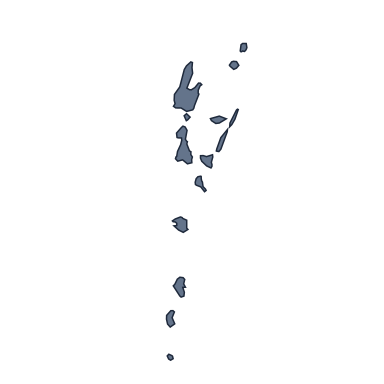 map outline of Vanuatu (Robinson projection), rotated 31°
{"feature_id": "VUT", "entity_name": "Vanuatu", "entity_type": "country or territory", "adm_level": 0, "iso_a3": "VUT", "parent_name": "Oceania", "parent_adm1": "", "projection": "robinson", "projection_center": [167.975, -16.976], "detail": "fine", "context": "isolated", "style": "filled", "palette": "slate", "viewbox_px": 384, "rotation_deg": 31, "n_neighbors": 0, "source": "natural_earth", "source_scale": "50m", "svg_char_len": 2380}
<svg xmlns="http://www.w3.org/2000/svg" viewBox="0 0 384 384"><g transform="rotate(31 192 192)"><path d="M131.4,89.9L134.1,105.6L137.2,105.6L138.8,104.7L140.7,101.0L141.5,95.3L143.1,94.4L145.1,95.0L144.3,96.9L144.9,101.5L146.4,104.1L147.5,104.5L149.6,116.6L150.4,119.2L150.3,121.2L145.9,125.7L139.4,125.6L134.8,128.3L132.0,128.1L132.0,125.0L129.5,122.6L126.7,117.4L127.4,108.2L122.3,91.0L122.3,86.7L124.0,81.1L125.7,80.8L128.0,85.5L131.4,89.9ZM159.2,150.2L161.1,151.2L162.1,151.2L162.8,153.5L168.7,158.1L170.3,158.0L171.7,160.5L174.3,161.8L175.0,164.4L176.8,167.0L173.6,170.2L167.4,169.3L163.9,172.9L160.7,172.0L160.2,170.1L160.6,169.5L158.7,164.7L157.9,157.3L156.6,153.0L155.2,151.1L152.3,152.7L151.1,153.0L148.4,149.5L149.7,142.2L150.3,140.2L152.6,139.8L156.0,141.7L159.2,150.2ZM238.7,285.4L236.8,287.7L235.1,287.4L224.3,282.1L224.8,279.9L224.3,274.3L225.5,271.3L228.5,270.0L230.8,270.7L232.2,275.1L235.4,277.0L233.2,278.5L237.1,281.9L238.7,285.4ZM202.0,218.9L206.1,225.7L207.8,226.2L205.3,231.1L200.1,231.5L194.0,230.3L196.2,228.6L195.1,226.7L193.2,226.3L191.1,227.2L190.1,226.9L191.5,223.8L194.9,219.4L195.9,219.1L196.8,219.0L197.7,219.4L202.0,218.9ZM195.9,161.6L191.1,162.1L184.5,160.6L181.8,158.6L180.6,156.5L182.9,155.0L186.2,154.2L190.4,149.5L191.8,151.3L193.3,156.6L195.0,158.2L195.9,159.8L195.9,161.6ZM245.1,313.9L242.9,319.0L239.1,317.8L235.6,314.1L233.8,310.8L235.0,304.6L236.8,303.5L238.7,303.9L239.7,310.0L245.1,313.9ZM192.4,144.2L191.7,144.3L191.0,142.1L188.7,130.5L190.2,120.1L191.2,122.3L194.7,140.5L194.2,143.5L192.4,144.2ZM202.1,182.6L203.3,183.4L202.6,185.3L196.9,183.1L192.4,183.9L191.1,183.8L189.7,182.0L188.7,178.4L189.2,175.9L191.1,174.1L191.8,173.9L193.2,176.0L194.6,177.5L195.8,178.1L198.7,181.7L202.1,182.6ZM179.9,118.8L177.1,121.0L171.9,120.8L170.0,119.6L176.3,112.9L183.7,111.6L179.9,118.8ZM166.3,63.0L164.6,65.4L159.9,64.6L158.7,64.0L159.0,60.0L160.2,58.6L163.0,57.3L166.9,59.3L166.3,63.0ZM162.3,46.2L161.7,46.6L160.7,46.3L158.2,40.5L158.9,38.6L162.0,36.8L164.7,40.0L165.0,41.7L165.0,43.2L164.5,44.6L162.7,45.1L162.3,46.2ZM191.4,113.7L190.7,116.7L189.0,113.3L187.9,98.9L188.3,97.6L189.2,97.5L191.3,107.5L191.4,113.7ZM261.7,344.6L260.3,347.2L258.0,347.2L255.2,345.3L255.7,343.0L259.0,342.6L259.9,342.8L261.7,344.6ZM151.1,132.5L150.4,133.8L146.0,130.7L147.0,127.7L151.8,128.8L151.1,132.5Z" fill="#64748b" stroke="#1e293b" stroke-width="1.5"/></g></svg>